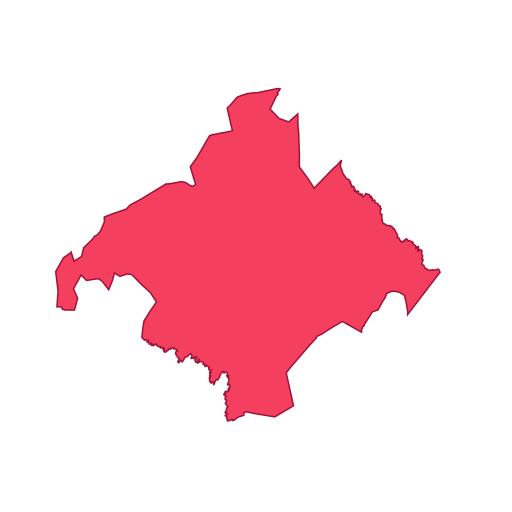 the district of Mežvidu pag., Karsavas, Latvia, rotated 297°
{"feature_id": "27541924B97990803808017", "entity_name": "Mežvidu pag.", "entity_type": "district", "adm_level": 2, "iso_a3": "LVA", "parent_name": "Latvia", "parent_adm1": "Karsavas", "projection": "natural_earth1", "projection_center": [27.562, 56.699], "detail": "fine", "context": "isolated", "style": "filled", "palette": "rose", "viewbox_px": 512, "rotation_deg": 297, "n_neighbors": 0, "source": "geoboundaries", "source_scale": "gbopen_adm2", "svg_char_len": 6155}
<svg xmlns="http://www.w3.org/2000/svg" viewBox="0 0 512 512"><g transform="rotate(297 256 256)"><path d="M272.7,417.7L325.1,427.4L326.9,425.0L327.1,424.6L326.9,424.2L324.4,421.4L324.0,420.8L323.9,419.4L323.1,419.0L322.7,417.8L321.8,416.7L321.7,414.6L322.2,413.4L321.7,412.1L323.6,410.1L323.7,408.9L324.1,408.3L323.9,407.8L324.6,407.0L328.4,406.7L329.0,405.7L328.8,404.9L331.7,404.6L333.0,402.7L336.1,401.4L336.4,400.4L335.5,398.2L334.9,398.1L334.2,398.6L333.8,398.3L333.9,397.7L334.7,397.4L336.4,397.7L337.1,396.7L338.1,396.5L337.7,396.0L335.4,395.1L336.7,394.6L336.7,394.1L337.3,394.1L337.9,392.3L337.8,391.2L338.2,390.6L338.2,389.9L339.2,389.7L339.7,389.2L339.4,388.5L339.4,385.5L338.5,384.6L339.4,383.2L339.6,382.1L338.6,381.8L338.1,381.3L336.5,381.7L336.0,381.2L336.2,380.6L335.4,380.4L334.6,379.4L335.2,378.7L334.9,378.2L335.2,377.4L336.9,375.2L336.8,374.2L336.4,373.8L336.8,373.3L337.4,373.4L339.0,372.4L340.0,371.3L340.6,369.8L341.9,368.6L342.2,367.5L343.1,366.8L343.0,366.1L342.7,365.8L343.1,365.7L343.5,364.9L343.5,364.1L343.9,363.6L343.4,362.8L344.0,362.2L342.7,359.0L343.0,355.9L342.7,354.8L343.0,354.1L345.9,351.6L347.3,350.9L348.0,350.1L350.1,349.5L350.4,348.8L349.7,347.7L350.2,347.2L353.6,346.0L354.6,346.3L354.9,346.0L354.6,345.4L356.5,344.4L356.9,343.8L357.0,342.1L358.0,340.6L358.0,339.9L357.6,338.9L357.9,337.7L358.6,337.0L359.2,336.9L359.6,336.2L358.1,334.6L359.0,333.9L360.0,334.0L360.1,331.8L360.7,332.4L361.5,332.0L361.0,330.7L362.2,329.1L361.6,327.7L361.7,326.7L361.2,326.3L361.5,325.5L361.0,325.2L358.9,325.4L357.7,324.1L357.1,324.3L357.9,323.0L359.2,322.6L358.0,321.6L358.8,320.6L358.4,320.1L357.9,320.1L357.9,319.2L358.4,318.5L359.9,318.3L360.1,317.0L358.6,316.5L358.6,316.0L359.6,314.9L358.5,315.1L358.2,314.8L359.0,313.6L360.2,312.8L361.2,312.8L361.9,312.2L362.2,310.5L361.3,309.7L363.4,308.0L363.4,306.9L365.2,306.5L365.3,305.1L366.3,304.0L366.1,303.1L366.2,300.8L367.8,298.4L368.4,296.7L374.6,290.1L380.3,288.7L373.7,287.0L369.4,285.2L342.8,277.0L348.4,267.5L355.2,254.0L365.8,248.8L385.6,237.8L390.3,234.7L401.6,228.7L390.3,224.3L389.0,214.1L393.3,201.9L407.9,201.5L409.2,202.1L410.6,202.0L411.2,200.8L412.9,201.4L415.8,201.7L415.1,199.3L401.7,182.6L400.2,179.6L396.7,174.5L392.9,170.6L388.8,167.0L381.0,165.2L374.7,163.2L356.9,178.1L354.8,175.7L344.2,162.0L342.1,160.0L316.3,158.6L305.7,156.9L292.2,169.8L289.3,168.0L288.9,164.7L289.6,160.3L288.4,155.7L281.5,146.8L279.1,143.2L279.3,143.1L254.1,127.5L244.3,120.7L240.5,119.5L239.3,119.5L229.3,109.8L221.8,103.1L217.5,105.5L207.0,106.1L202.1,104.7L200.4,103.2L196.7,102.7L185.2,98.7L176.3,100.8L168.8,96.2L175.6,89.4L174.1,89.1L167.1,85.3L151.2,84.6L134.8,95.6L120.3,101.7L122.3,105.7L121.4,107.1L120.7,107.4L120.9,109.7L125.4,118.8L137.4,116.3L143.8,108.3L159.6,108.8L157.3,116.1L164.1,125.6L163.9,129.8L159.1,140.1L169.1,139.2L176.5,137.6L176.1,144.0L181.4,149.3L183.1,153.6L178.6,166.9L175.5,178.3L169.9,188.2L158.8,186.7L147.3,185.7L139.8,188.1L131.7,191.2L130.3,194.9L131.7,196.1L131.2,197.2L129.8,198.1L130.4,198.6L131.6,198.8L129.3,200.3L129.0,201.5L130.8,202.4L129.0,203.4L130.2,204.0L129.4,204.3L129.4,205.2L131.4,206.2L131.5,207.0L132.4,207.4L132.3,207.8L131.6,208.0L130.9,209.7L131.7,211.4L130.8,212.1L130.7,212.6L131.1,213.0L131.7,212.8L131.3,214.1L131.5,214.8L133.2,215.4L130.9,215.5L130.6,216.0L131.2,216.2L131.3,216.7L129.5,216.7L129.5,217.2L128.8,218.2L129.4,218.9L130.0,218.9L130.2,219.8L131.6,219.7L132.2,220.5L133.5,220.2L134.0,220.4L134.2,220.7L133.8,221.7L134.7,222.0L134.9,222.6L135.8,222.6L136.5,223.1L136.6,224.2L135.9,224.7L136.0,225.1L136.8,225.5L136.4,226.3L136.7,227.7L135.7,229.3L135.3,229.2L135.4,228.5L135.0,228.1L134.4,228.5L133.7,228.1L132.5,228.8L131.7,229.5L131.5,230.6L130.0,232.1L130.2,233.6L130.0,234.0L126.6,234.3L126.0,234.7L125.7,235.3L126.2,235.8L128.9,236.1L129.0,236.4L128.1,238.0L128.3,238.5L133.3,238.8L133.9,239.0L135.1,240.4L138.9,241.7L139.3,242.3L138.7,243.6L137.0,244.7L135.6,244.3L135.3,244.9L137.2,247.5L138.5,247.0L139.1,248.6L138.8,249.2L138.2,249.5L136.4,248.6L135.6,248.6L134.0,250.8L134.3,251.4L135.7,252.1L136.6,252.2L137.8,251.8L138.1,252.2L137.3,252.8L134.6,252.9L137.1,254.8L137.2,255.3L137.2,257.2L135.7,258.0L136.4,258.4L136.6,259.0L135.3,259.6L134.4,260.9L135.2,261.5L135.6,261.2L136.2,261.3L135.9,263.6L135.5,264.0L135.6,264.4L135.2,264.3L134.7,264.9L133.5,265.5L133.0,266.7L133.6,267.2L132.7,267.4L133.2,267.9L132.4,267.8L131.7,268.6L131.7,267.8L131.1,267.5L130.6,268.5L130.1,268.4L128.2,269.1L128.2,269.4L128.7,269.6L128.5,270.1L127.5,270.2L127.3,269.8L126.6,270.3L126.0,269.8L125.6,270.5L123.5,271.4L123.3,271.5L123.6,271.9L123.3,272.7L122.4,273.3L122.4,273.6L123.1,274.0L123.2,274.5L124.2,274.6L124.5,275.1L124.4,275.5L123.7,275.7L122.4,276.6L123.2,277.0L124.4,276.6L127.7,276.6L128.0,276.8L128.0,277.9L128.6,278.3L129.5,278.1L131.6,278.6L132.8,278.1L137.7,278.3L138.2,279.0L137.3,279.9L137.2,280.5L137.4,280.8L138.0,280.8L138.3,281.4L139.2,281.6L138.9,283.3L137.3,284.6L136.4,284.2L135.8,284.3L136.6,286.1L135.1,285.8L134.9,286.1L135.4,286.6L134.6,286.9L134.3,287.5L133.7,287.9L132.8,288.4L128.4,289.1L128.3,289.7L129.6,291.0L128.0,292.3L126.5,291.7L126.0,292.3L125.9,291.9L124.6,291.7L124.0,292.0L124.6,292.3L124.5,292.6L123.4,293.0L123.1,292.6L122.0,292.3L121.8,290.4L120.9,290.1L120.0,290.3L120.7,291.1L119.3,291.3L118.9,291.2L119.3,290.6L118.9,290.1L118.0,290.2L117.6,290.8L117.7,293.1L116.1,292.7L114.2,293.6L114.1,295.3L113.8,295.5L110.8,295.6L110.6,296.3L109.8,296.8L109.7,297.8L109.3,299.1L108.4,299.3L107.2,298.8L104.4,299.7L102.4,299.5L102.2,300.1L102.7,301.4L102.7,302.2L101.8,302.2L100.0,300.9L99.6,301.3L99.8,302.5L96.7,304.8L96.2,305.9L99.5,308.7L98.6,309.6L98.7,310.0L99.5,310.3L99.8,311.1L100.8,311.7L104.0,312.9L108.6,317.5L110.6,316.3L112.7,317.8L115.1,326.7L121.2,345.8L139.6,357.4L165.6,336.0L171.9,337.2L200.5,344.2L209.7,346.8L212.0,346.7L216.0,349.8L226.2,355.8L236.9,362.6L236.0,384.6L236.8,384.4L237.4,383.6L239.9,383.5L241.3,383.0L242.7,384.0L244.3,383.7L259.1,385.1L263.4,389.2L273.4,389.5L278.0,390.0L281.8,389.4L286.2,393.0L287.4,395.2L288.7,399.7L288.4,406.2L285.4,408.5L284.3,409.7L275.2,416.5L272.7,417.7Z" fill="#f43f5e" stroke="#9f1239" stroke-width="1.5"/></g></svg>